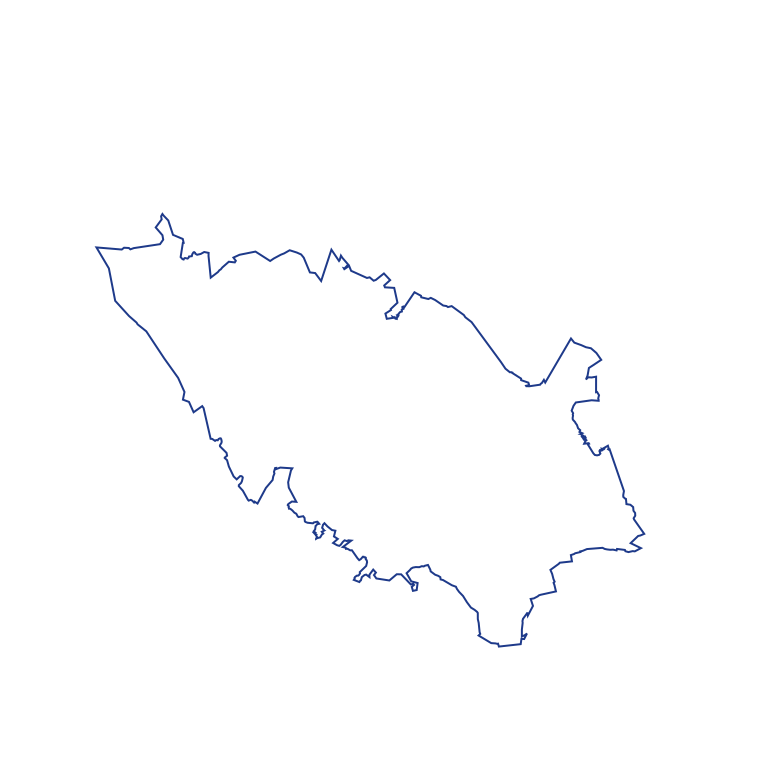 the district of Villaflores, Chiapas, Mexico, rotated 48°
{"feature_id": "50627088B76304194076564", "entity_name": "Villaflores", "entity_type": "district", "adm_level": 2, "iso_a3": "MEX", "parent_name": "Mexico", "parent_adm1": "Chiapas", "projection": "orthographic", "projection_center": [-93.329, 16.375], "detail": "fine", "context": "isolated", "style": "outline", "palette": "blue", "viewbox_px": 768, "rotation_deg": 48, "n_neighbors": 0, "source": "geoboundaries", "source_scale": "gbopen_adm2", "svg_char_len": 6152}
<svg xmlns="http://www.w3.org/2000/svg" viewBox="0 0 768 768"><g transform="rotate(48 384 384)"><path d="M631.3,281.1L630.5,281.5L628.0,281.7L626.6,280.5L624.1,277.3L583.9,260.2L583.9,260.7L582.4,261.1L582.2,260.1L579.7,258.9L578.7,263.6L580.4,263.6L579.5,263.9L578.8,264.8L579.0,265.0L577.8,265.6L579.2,266.4L578.8,267.3L578.0,267.3L577.6,267.7L578.0,268.8L580.5,269.8L580.6,271.6L579.6,273.4L577.8,274.8L575.5,274.8L565.1,272.9L565.6,271.6L564.9,271.5L562.3,275.2L561.2,272.7L561.2,271.2L559.7,271.3L559.3,272.6L558.4,272.5L558.9,270.1L557.7,269.8L557.4,272.2L555.8,272.2L556.3,270.4L555.1,270.7L554.7,271.6L553.5,270.8L552.7,271.4L553.2,269.6L550.4,270.8L549.6,269.1L546.8,269.4L543.5,268.0L541.2,267.8L540.4,267.5L536.8,267.5L535.5,266.6L534.0,264.7L533.0,264.2L532.3,263.0L529.4,262.4L527.0,257.7L526.1,253.8L535.0,240.6L540.1,235.7L539.4,235.1L538.0,234.4L536.2,231.7L532.5,231.0L532.0,231.9L520.5,221.5L518.1,225.3L515.6,227.8L515.8,230.9L513.9,227.0L509.2,221.0L511.4,206.4L503.1,205.4L495.9,206.3L491.8,209.3L487.1,211.4L480.6,214.9L475.3,214.6L490.8,263.2L487.9,262.4L488.9,266.0L488.7,267.4L489.0,268.4L483.0,277.4L480.9,279.7L480.4,279.6L481.5,277.7L481.4,276.6L479.6,275.8L472.9,279.5L471.7,278.5L461.6,281.3L461.4,281.0L460.4,281.5L459.5,282.6L453.9,283.5L446.0,282.4L396.6,277.5L388.8,278.9L386.2,278.5L371.4,281.6L369.6,285.0L367.9,285.4L365.3,287.5L355.8,289.8L351.3,291.6L350.5,294.2L344.5,298.3L343.2,297.5L336.2,300.0L340.6,317.7L339.5,317.6L339.0,318.7L339.7,319.4L341.1,319.5L340.7,321.2L342.1,322.2L341.3,324.0L341.6,326.3L342.5,327.1L342.0,327.5L342.4,327.8L341.9,328.3L343.2,328.7L343.0,329.7L343.6,330.2L343.4,330.8L344.0,331.1L343.1,331.8L341.6,331.4L341.6,332.0L340.0,332.6L341.0,332.9L337.4,338.3L332.6,335.8L333.7,329.3L332.8,328.9L332.6,319.6L319.4,312.1L312.8,318.6L310.9,317.9L310.9,309.9L301.8,310.1L301.2,320.5L300.3,322.6L295.1,323.3L293.8,325.7L277.9,332.7L272.9,330.9L272.1,336.6L271.2,336.4L271.7,336.1L271.3,330.7L262.3,330.5L259.8,330.1L262.3,334.1L262.5,335.1L249.0,333.2L265.4,361.8L255.5,360.9L251.5,364.4L236.4,359.1L232.3,358.9L228.0,360.8L221.5,364.6L220.1,370.9L218.9,374.1L217.0,381.9L216.4,386.3L199.6,390.9L191.3,404.9L189.3,411.3L193.3,411.7L193.8,413.5L189.3,417.5L189.2,426.3L189.6,428.6L189.3,430.1L189.7,432.5L189.0,441.6L171.4,428.7L169.2,426.6L165.6,429.3L164.7,433.2L162.9,436.4L161.0,437.0L160.1,436.6L158.9,436.9L158.7,437.7L159.3,439.7L160.4,441.3L158.8,443.6L159.3,444.4L159.4,446.0L157.2,447.6L157.0,448.5L157.4,449.6L156.4,450.2L153.6,450.2L144.5,439.0L145.0,438.4L141.6,436.5L132.0,441.0L118.1,434.9L111.4,435.1L109.4,434.9L110.2,437.4L112.9,439.1L114.9,448.9L125.2,449.1L129.0,451.5L130.2,456.9L115.6,479.0L114.2,482.4L112.2,482.6L108.8,486.0L108.6,488.9L90.1,506.3L114.0,511.1L142.3,528.1L162.9,528.0L172.8,526.8L174.8,527.2L185.8,525.4L217.9,530.2L241.7,532.9L256.4,537.6L261.1,543.9L266.8,540.9L277.6,544.4L278.8,533.9L281.2,534.2L308.7,549.5L309.9,548.4L313.2,547.6L313.4,546.2L314.6,545.2L314.2,543.7L314.7,542.1L315.2,541.7L316.1,541.9L317.9,542.9L318.9,544.0L319.8,547.0L320.6,547.6L329.8,547.1L332.3,548.6L332.1,551.6L332.4,551.9L335.6,551.6L341.5,554.5L352.1,557.6L356.3,557.3L356.2,552.5L357.0,551.7L358.1,551.3L359.1,551.6L361.1,554.5L361.9,556.3L362.0,559.5L362.8,560.3L368.9,560.3L378.9,562.6L380.1,562.6L381.0,560.5L382.4,560.0L385.1,559.9L384.8,558.9L388.2,558.0L382.2,541.3L380.8,531.0L378.6,528.2L377.2,525.3L375.7,524.6L373.6,521.1L374.1,520.4L374.9,521.5L376.7,517.0L385.3,508.6L386.0,511.0L392.9,521.0L397.3,524.1L412.9,528.0L409.7,531.1L409.2,535.3L409.3,536.1L409.6,536.6L411.2,536.5L411.7,537.3L413.1,538.0L413.4,537.5L414.3,537.1L416.6,536.7L419.7,536.7L421.7,536.0L424.7,536.7L425.7,536.5L428.2,532.5L430.4,532.7L433.1,534.7L433.9,534.7L435.9,533.7L439.9,530.1L440.1,529.7L439.9,528.9L441.7,525.7L442.3,525.6L444.5,525.7L443.4,527.5L443.8,529.0L443.7,529.8L446.0,532.5L446.4,534.7L448.1,534.5L447.4,535.7L449.3,535.7L449.9,535.6L450.0,535.1L450.8,535.0L451.0,535.9L452.6,536.0L453.5,536.7L453.3,537.7L453.6,538.0L453.8,536.9L455.3,534.0L454.3,530.9L454.5,529.2L452.2,529.1L452.8,526.8L452.1,527.2L452.6,526.4L449.5,526.2L447.8,523.5L447.6,521.4L452.0,521.3L457.7,520.4L460.5,518.3L463.8,523.2L468.2,522.0L468.1,528.2L472.5,526.7L474.4,525.5L474.5,523.8L473.8,520.2L473.8,517.9L476.0,516.6L476.3,515.1L478.5,513.1L477.6,523.7L480.1,522.0L481.0,522.6L482.0,521.4L485.0,520.4L486.1,519.1L495.8,520.3L498.3,520.3L498.6,518.4L498.2,515.3L498.9,514.6L499.7,514.7L500.4,513.8L501.1,513.8L502.2,514.9L503.5,514.8L505.1,515.8L507.3,519.0L507.6,527.9L508.7,528.6L509.2,530.3L509.1,531.5L508.3,532.3L508.0,534.5L508.4,535.8L509.1,536.1L509.4,537.5L514.7,534.8L514.3,533.3L514.5,532.6L512.7,529.7L512.9,526.3L513.7,524.8L517.8,524.0L516.0,522.5L514.7,516.2L518.7,516.2L519.3,519.3L523.4,519.8L533.6,511.5L533.9,501.9L536.9,498.6L550.9,498.2L552.0,496.0L553.4,496.1L553.3,499.1L557.1,500.9L559.0,497.6L554.4,492.2L548.9,495.8L539.7,493.8L539.6,489.2L539.3,487.4L539.8,485.3L541.3,482.9L543.7,480.4L544.7,477.8L546.2,476.5L546.3,475.5L547.9,472.4L552.9,473.8L554.5,474.7L560.0,473.6L562.8,472.1L565.2,471.4L567.1,472.7L569.2,471.3L579.0,468.2L582.8,466.2L585.0,466.9L588.7,467.3L594.4,467.1L601.7,468.4L608.3,469.0L612.4,467.8L615.7,467.3L616.9,467.5L621.5,471.6L624.9,473.5L632.4,479.0L634.1,479.7L634.2,482.0L648.3,477.7L651.4,474.7L652.9,473.7L653.3,473.0L656.0,474.3L668.8,456.5L665.4,452.4L667.3,450.5L665.1,444.7L664.9,447.2L663.9,450.5L658.8,445.9L654.3,440.8L652.8,439.7L651.5,437.8L650.1,431.1L649.6,430.4L652.4,432.1L648.6,421.8L641.9,418.8L643.6,416.1L644.7,411.8L644.7,410.4L645.3,408.9L653.2,395.0L647.3,391.8L645.2,391.0L645.1,389.5L642.4,388.6L637.6,386.1L633.5,384.7L634.6,374.4L634.4,373.0L641.6,363.0L636.2,359.6L637.5,356.6L637.7,355.2L640.3,350.5L639.7,350.2L640.9,348.1L642.5,343.6L652.0,331.2L654.3,330.3L656.2,328.9L658.5,326.9L660.4,324.6L663.3,322.5L662.5,321.2L668.5,316.0L669.8,316.5L672.5,314.8L674.6,311.0L676.2,309.6L677.9,302.9L667.3,307.2L667.0,296.8L668.1,294.9L669.5,290.9L652.0,288.8L650.8,288.3L650.0,285.4L647.9,283.7L645.1,283.4L642.2,281.2L638.6,281.7L635.5,284.2L631.3,281.1Z" fill="none" stroke="#1e3a8a" stroke-width="2"/></g></svg>